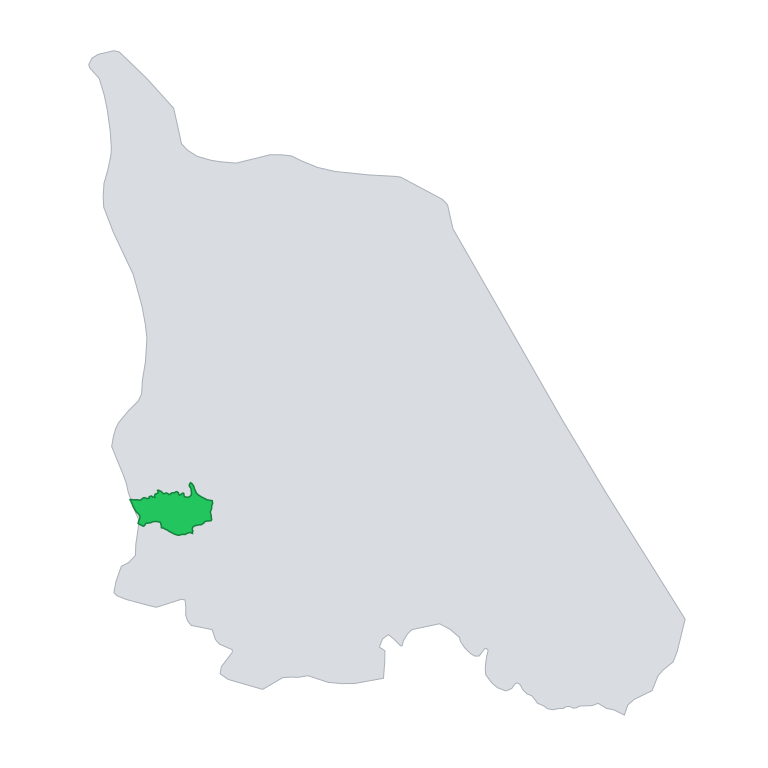 Al Bab, Aleppo, Syria (highlighted), rotated 274°
{"feature_id": "27442178B24628051118006", "entity_name": "Al Bab", "entity_type": "district", "adm_level": 2, "iso_a3": "SYR", "parent_name": "Syria", "parent_adm1": "Aleppo", "projection": "equal_earth", "projection_center": [37.625, 36.397], "detail": "fine", "context": "in_parent", "style": "filled", "palette": "green", "viewbox_px": 768, "rotation_deg": 274, "n_neighbors": 0, "source": "geoboundaries", "source_scale": "gbopen_adm2", "svg_char_len": 5403}
<svg xmlns="http://www.w3.org/2000/svg" viewBox="0 0 768 768"><g transform="rotate(274 384 384)"><path d="M83.5,240.7L90.7,241.5L105.8,251.4L108.4,251.1L113.0,238.0L117.5,233.6L127.0,229.7L129.7,208.5L134.2,204.5L139.5,202.3L147.6,201.9L154.7,200.6L155.1,196.9L145.4,172.5L146.3,166.4L151.1,141.8L154.2,132.3L157.1,129.1L168.2,130.4L183.9,134.7L188.0,141.7L195.7,148.0L207.2,147.6L220.5,148.7L230.9,149.1L239.2,144.7L257.9,136.5L267.1,133.8L275.5,130.1L302.6,116.7L313.4,117.8L320.8,119.5L326.5,121.7L339.3,130.8L349.9,140.1L357.3,142.9L370.5,142.7L389.7,144.5L413.3,144.3L427.1,141.7L444.6,137.2L475.8,126.2L516.7,103.3L540.8,92.1L551.2,90.8L564.8,90.7L578.4,93.6L593.8,95.7L600.9,95.5L617.6,93.2L639.1,88.6L652.6,84.8L668.9,78.6L678.9,68.3L682.2,67.2L686.5,69.1L688.5,69.8L692.8,75.6L697.5,90.8L697.5,92.5L696.7,96.8L686.3,109.3L672.1,126.2L661.8,136.9L644.5,154.9L631.5,158.8L609.4,165.3L603.5,171.6L598.1,181.8L595.1,195.8L594.3,204.5L594.0,220.9L599.4,237.9L604.7,254.1L605.5,264.9L605.1,275.6L600.5,287.0L595.4,302.6L592.6,320.2L591.5,353.3L591.9,381.6L591.5,386.2L582.6,406.2L572.2,429.5L567.2,434.9L543.7,441.9L518.1,459.1L489.5,478.2L463.4,495.7L436.0,514.0L407.5,533.0L387.2,546.6L359.9,564.8L335.0,582.3L309.7,599.9L290.5,613.4L261.3,634.6L244.2,647.1L219.0,665.5L196.7,681.7L170.4,700.8L137.4,695.1L127.0,691.8L118.5,682.7L112.3,677.8L96.8,672.8L86.9,655.7L80.9,649.6L70.5,646.9L75.0,635.9L75.9,628.7L80.4,619.9L77.7,614.1L76.4,601.8L74.5,598.8L73.8,595.6L75.3,591.6L74.7,587.6L73.0,585.9L72.2,579.8L70.8,575.3L71.5,569.7L73.9,566.2L76.3,559.3L79.0,557.2L83.5,552.9L84.7,548.4L88.6,544.0L94.0,540.4L95.1,537.5L94.4,535.9L89.1,532.6L86.3,526.9L88.9,518.6L90.6,516.0L93.8,512.0L100.9,505.9L106.5,504.9L111.3,504.9L119.4,505.4L125.6,506.5L127.2,504.9L127.0,502.9L119.3,497.9L118.9,493.9L120.8,489.6L126.4,482.9L132.9,478.0L136.3,477.1L143.8,467.2L148.7,456.1L141.0,429.1L136.3,424.8L128.8,421.1L124.3,420.5L123.9,418.8L130.0,411.9L134.3,406.0L129.6,400.3L121.2,397.7L118.0,403.5L107.2,404.1L90.4,404.0L83.2,375.6L82.2,363.3L82.5,349.1L87.7,328.4L85.4,318.8L85.2,312.3L84.0,303.4L70.9,284.3L78.4,249.2L83.5,240.7Z" fill="#d9dde1" stroke="#a8b0b8" stroke-width="1"/><path d="M229.6,205.9L229.7,206.2L230.7,209.6L230.8,211.2L231.1,212.0L231.8,212.4L232.3,213.6L233.9,214.7L234.7,215.8L235.2,218.9L235.6,221.0L236.7,221.6L238.2,221.1L240.6,220.8L241.6,220.4L244.3,219.7L245.6,220.1L247.6,220.7L250.8,220.7L251.2,220.8L252.9,221.4L253.4,221.3L255.7,220.8L255.7,220.7L255.6,220.4L255.8,219.2L256.1,215.6L257.5,212.6L258.1,211.0L258.3,210.5L259.9,207.4L260.0,207.3L260.0,207.2L260.2,206.9L260.3,206.8L260.3,206.7L260.5,206.4L260.6,206.2L260.8,206.0L260.8,205.9L261.0,205.7L261.2,205.4L261.3,205.4L261.4,205.2L261.5,205.1L261.6,204.9L261.8,204.8L261.8,204.7L262.0,204.6L265.7,202.5L268.7,201.4L271.1,199.5L272.1,197.9L271.9,197.8L271.0,197.3L270.0,196.8L268.6,196.9L267.7,197.6L266.3,198.8L264.4,199.0L262.4,199.5L260.6,199.5L259.6,199.4L259.1,198.8L258.1,198.1L257.3,196.2L257.4,194.9L257.5,193.5L258.0,192.6L259.3,192.1L260.0,192.2L261.1,191.7L261.1,190.9L260.2,189.4L259.5,189.0L258.9,187.8L259.6,186.7L260.8,186.7L261.3,186.5L262.1,185.1L262.1,184.1L261.8,183.6L261.0,182.9L260.9,182.0L260.6,180.0L260.2,179.5L259.9,178.9L259.6,178.8L259.4,178.6L258.8,178.3L258.8,176.9L259.3,176.6L260.0,175.1L260.1,174.6L260.0,173.7L259.6,173.2L259.2,172.2L259.2,171.7L259.6,171.1L260.4,170.2L261.3,169.4L261.5,169.0L261.7,167.8L262.1,167.2L262.4,166.2L262.0,165.5L261.6,165.8L260.9,166.1L260.3,166.1L259.7,166.1L259.3,165.7L259.0,165.2L258.5,164.4L258.4,163.9L258.2,163.4L257.1,163.1L256.3,162.9L255.9,163.0L255.2,163.2L254.9,163.3L254.9,163.1L254.9,162.9L254.9,162.3L255.0,161.9L255.2,161.3L255.4,160.9L255.5,160.7L255.8,160.3L256.0,159.9L255.9,159.1L255.4,158.0L254.9,157.5L254.1,157.5L253.8,157.5L253.6,157.5L253.3,156.6L253.2,155.7L253.3,155.1L253.5,154.6L253.7,153.9L253.9,153.4L253.9,152.8L253.6,151.8L252.7,150.8L252.6,150.7L252.3,150.4L251.7,149.8L251.2,149.5L251.1,149.0L251.0,148.7L251.0,148.3L251.2,147.5L251.3,146.2L251.0,142.5L251.0,141.7L251.1,141.0L251.2,140.0L251.2,139.6L251.2,139.4L251.0,139.2L250.8,138.7L250.3,139.1L250.0,139.3L249.9,139.4L249.3,139.7L247.6,140.6L246.7,141.1L245.2,141.8L244.4,142.2L244.1,142.4L243.9,142.5L242.7,143.3L242.2,143.6L241.7,144.0L240.2,145.0L238.9,146.1L238.1,147.1L237.1,148.4L236.6,148.7L235.5,149.4L234.7,149.7L234.5,149.8L234.4,149.8L233.2,149.8L230.8,149.1L230.0,148.8L228.6,148.6L227.8,148.4L227.5,148.9L227.1,149.7L226.6,150.6L226.0,152.1L225.3,154.0L226.1,155.0L227.3,155.6L228.1,156.1L228.6,156.5L228.7,158.0L228.9,158.5L229.0,159.5L229.3,160.8L229.5,161.2L229.8,161.9L230.2,162.3L230.3,162.4L230.3,162.5L230.5,163.3L231.0,165.9L231.0,166.1L230.8,168.0L230.8,168.5L230.6,169.5L230.5,169.8L230.4,170.3L230.0,170.7L229.4,171.0L228.8,171.1L228.4,171.2L227.9,171.5L227.5,171.6L226.7,171.8L226.2,171.8L225.7,171.9L225.0,172.0L225.0,172.3L224.9,172.8L224.9,173.0L225.0,173.3L225.1,173.5L224.1,175.5L223.4,177.3L222.8,178.7L221.9,180.0L221.0,182.3L220.4,183.6L220.4,183.8L220.2,184.1L220.1,184.3L220.0,184.5L219.6,185.3L219.2,187.1L218.8,188.9L218.9,190.5L219.2,191.3L220.1,193.5L219.9,194.3L220.1,196.4L221.3,198.1L222.3,200.5L222.1,201.6L221.6,203.4L223.4,203.2L223.7,203.5L223.9,203.7L224.4,203.4L225.1,203.1L225.6,202.9L226.1,202.9L226.9,202.9L227.6,203.1L227.9,203.4L228.8,204.1L229.6,205.9Z" fill="#22c55e" stroke="#15803d" stroke-width="1.5"/></g></svg>